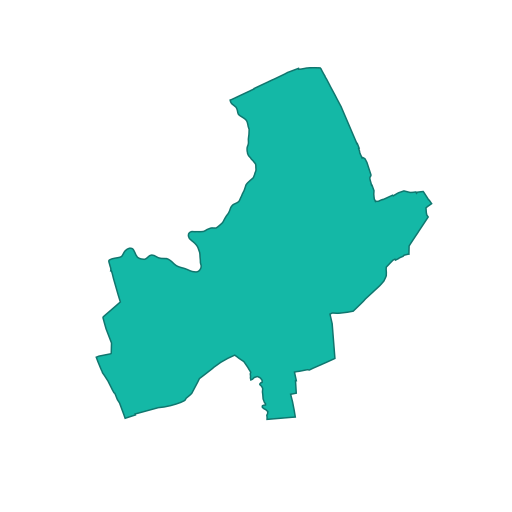 the district of Pueblo Nuevo, Guanajuato, Mexico, rotated 162°
{"feature_id": "50627088B8544251683738", "entity_name": "Pueblo Nuevo", "entity_type": "district", "adm_level": 2, "iso_a3": "MEX", "parent_name": "Mexico", "parent_adm1": "Guanajuato", "projection": "robinson", "projection_center": [-101.357, 20.548], "detail": "fine", "context": "isolated", "style": "filled", "palette": "teal", "viewbox_px": 512, "rotation_deg": 162, "n_neighbors": 0, "source": "geoboundaries", "source_scale": "gbopen_adm2", "svg_char_len": 6093}
<svg xmlns="http://www.w3.org/2000/svg" viewBox="0 0 512 512"><g transform="rotate(162 256 256)"><path d="M419.8,143.1L396.6,142.0L396.0,142.0L390.0,140.8L383.5,140.1L377.9,139.9L373.0,140.0L369.1,140.5L367.9,140.9L366.4,142.3L361.6,144.2L359.6,145.2L350.5,154.0L347.7,156.9L342.8,158.6L332.0,162.5L330.5,163.2L322.3,165.8L314.4,167.4L306.9,168.3L305.3,166.2L303.7,163.8L300.4,159.6L300.1,159.1L299.4,156.7L298.1,152.3L297.9,151.1L296.9,147.1L297.9,145.6L298.3,143.4L299.0,141.8L299.2,139.7L297.4,139.9L295.2,141.0L292.1,141.0L291.4,140.6L289.5,138.6L288.6,135.9L289.2,134.0L289.8,133.8L290.6,133.9L291.7,133.3L292.1,132.5L291.1,130.7L290.7,129.1L290.6,127.8L291.9,124.7L292.1,123.6L292.4,122.0L293.4,117.9L293.2,113.9L292.6,112.7L293.0,111.4L294.8,111.7L296.1,111.6L296.5,111.1L296.7,110.0L295.5,108.1L294.1,106.8L293.7,105.8L292.8,104.5L293.9,102.1L294.9,101.3L295.3,99.2L296.0,97.2L271.6,91.5L268.4,90.7L267.4,97.2L266.3,106.1L265.8,113.8L260.1,113.1L257.0,125.1L256.2,124.9L255.3,133.7L253.0,133.5L250.6,133.0L247.3,132.6L245.5,132.4L243.0,132.1L242.0,131.9L240.5,131.1L236.1,131.7L222.1,133.1L212.6,134.2L204.5,168.0L203.6,177.9L201.0,178.2L196.4,176.4L194.2,175.8L186.6,174.3L180.6,173.5L171.2,178.1L167.8,179.8L165.1,181.4L147.5,189.5L144.7,191.1L142.2,192.6L139.5,195.4L138.2,197.0L137.1,200.1L136.3,203.3L135.5,205.2L133.4,206.3L130.3,208.0L126.8,209.8L124.8,210.0L124.6,209.0L121.3,209.5L120.2,209.9L117.2,210.2L116.4,210.2L114.9,211.0L110.6,210.7L110.0,210.5L107.3,218.2L105.8,219.5L100.3,223.9L98.9,225.0L98.3,225.5L96.5,226.9L96.2,227.1L95.6,227.6L94.6,228.4L93.4,229.4L87.2,234.3L80.2,239.9L80.9,242.3L80.6,244.7L79.5,249.2L77.7,250.0L72.8,251.5L74.0,255.6L74.5,256.1L75.0,258.2L76.7,264.6L77.1,265.7L82.6,266.8L84.0,266.1L84.1,267.5L87.3,268.1L89.8,268.8L95.2,272.2L100.7,272.1L102.1,271.9L106.9,270.8L107.3,271.6L117.8,270.4L117.9,270.6L119.6,270.6L122.8,270.2L124.7,270.8L125.4,271.5L125.6,271.3L125.7,272.6L125.9,273.5L125.5,275.7L124.9,278.4L123.6,281.7L123.8,287.5L124.2,287.5L123.9,293.9L123.7,294.9L123.4,295.5L121.9,296.9L121.6,297.8L121.6,299.1L121.6,301.2L121.6,306.3L121.6,310.7L122.3,314.7L122.9,315.5L123.5,316.1L124.1,316.7L124.8,316.4L125.3,320.6L125.3,321.5L125.5,321.8L125.1,323.9L125.2,326.7L124.6,326.7L124.9,331.6L125.3,331.5L128.8,370.3L128.9,371.6L130.5,380.6L131.0,383.8L131.1,384.4L133.0,394.8L133.0,395.0L133.2,396.3L134.2,402.2L134.9,405.1L134.8,405.7L135.3,407.8L136.1,412.1L136.3,413.8L136.9,415.1L142.2,417.0L146.7,418.4L150.2,419.2L151.3,419.3L155.8,419.9L156.4,420.1L157.7,420.4L157.6,421.3L166.5,420.9L169.2,420.8L172.3,420.2L181.2,419.0L183.5,418.7L185.1,418.5L185.7,418.5L206.1,415.9L206.2,415.5L231.2,412.3L232.4,412.3L232.5,411.5L232.5,410.6L232.4,409.7L232.1,408.6L231.6,407.6L230.8,406.5L229.1,403.8L228.9,403.1L228.8,402.3L228.7,400.9L228.9,398.8L229.0,397.9L229.0,396.9L228.9,396.1L228.6,395.5L227.9,394.4L225.0,390.9L223.9,389.3L223.5,388.5L223.1,387.2L223.0,386.5L223.0,385.6L223.1,383.9L223.4,381.5L223.4,379.5L223.4,378.5L223.8,377.4L225.1,373.9L226.1,371.8L227.2,369.4L227.6,368.0L228.0,366.6L228.4,365.5L228.8,364.8L229.6,363.5L230.1,363.1L230.6,362.3L231.1,361.5L231.7,359.7L232.0,358.5L232.1,357.3L232.3,356.4L232.3,355.6L232.1,353.9L231.8,353.0L230.9,351.1L230.7,350.3L230.4,349.3L229.5,347.8L229.1,346.6L228.3,344.5L228.0,343.6L228.2,342.1L228.9,339.8L229.1,338.8L229.6,337.4L230.4,336.3L231.5,335.0L232.0,334.1L233.1,332.8L233.8,331.9L234.5,331.3L235.1,330.9L235.7,330.7L238.1,329.7L241.1,328.3L241.8,327.9L242.6,327.4L243.3,326.9L243.8,326.4L244.4,325.5L247.0,322.0L249.9,319.1L251.1,317.6L252.6,316.1L254.0,314.5L254.8,313.7L255.6,313.1L256.5,312.8L257.6,312.5L260.7,312.1L261.5,312.0L262.4,311.7L263.1,311.3L263.9,310.8L264.8,310.1L265.5,309.3L267.1,307.2L268.4,305.8L269.4,304.9L271.6,303.4L273.4,301.9L274.9,300.5L276.4,299.0L277.1,298.4L278.0,297.8L280.7,296.6L283.7,295.4L284.8,295.1L285.6,295.0L286.2,295.2L287.4,295.6L288.4,296.0L289.2,296.3L290.2,296.5L291.2,296.5L294.3,296.3L296.4,295.8L297.7,295.6L298.5,295.6L301.1,296.2L305.0,297.5L307.3,298.2L308.6,298.8L309.6,299.1L310.6,299.1L311.3,299.0L312.0,298.7L312.5,298.5L313.0,298.1L313.3,297.8L313.7,297.0L314.0,296.3L314.1,295.7L314.1,295.0L314.0,293.8L313.9,293.1L313.4,292.2L312.5,290.6L311.3,288.8L310.2,286.9L309.3,284.8L309.0,283.8L308.8,283.2L308.6,281.8L308.5,278.0L308.5,276.6L308.8,275.0L309.5,272.4L310.2,269.3L310.9,266.9L311.0,266.2L311.1,264.1L311.2,263.4L311.6,262.6L311.9,261.9L312.6,261.1L313.2,260.5L313.9,260.0L314.7,259.6L315.5,259.2L316.1,259.2L317.1,259.2L317.9,259.3L319.9,260.2L321.3,260.9L323.0,262.1L325.7,264.5L327.4,265.9L328.8,266.9L329.8,267.5L332.0,269.0L333.6,270.3L334.8,271.5L335.5,272.5L336.4,273.9L337.6,276.2L338.6,277.8L339.7,279.2L340.6,280.2L341.5,280.9L341.9,281.2L343.0,281.6L346.9,283.0L347.6,283.4L348.6,284.0L349.5,284.6L350.4,285.5L352.7,287.9L353.7,288.5L354.8,289.1L355.5,289.2L356.5,289.2L357.3,289.1L360.9,287.6L361.7,287.4L362.4,287.3L363.1,287.3L363.8,287.6L365.3,288.3L366.3,288.8L367.0,289.3L367.9,290.0L368.6,290.8L369.1,291.4L369.3,292.0L369.9,294.3L370.1,296.5L370.5,299.1L370.7,299.9L370.9,300.5L371.4,301.2L371.6,301.4L372.2,301.8L373.2,302.3L373.6,302.4L374.2,302.5L375.3,302.4L376.4,302.3L376.9,302.1L378.6,301.5L379.2,301.1L379.8,300.7L380.5,300.1L382.4,298.3L383.0,297.8L383.5,297.4L384.1,297.1L384.7,297.0L385.4,296.9L386.1,296.9L388.0,297.1L390.7,297.5L392.7,297.7L393.7,297.8L395.1,297.7L396.1,297.6L396.9,297.4L397.2,297.2L397.4,296.9L397.6,296.4L397.7,295.9L397.9,291.3L397.9,290.0L398.0,288.8L398.2,288.0L398.5,287.3L398.7,286.9L398.2,286.9L398.1,286.4L398.1,284.1L398.5,278.6L399.1,261.5L399.2,254.2L420.0,245.4L420.4,244.9L420.6,244.5L420.9,238.5L421.1,233.0L420.3,217.9L423.7,208.3L424.1,208.0L424.6,207.9L436.3,209.3L439.2,209.1L439.0,204.4L438.4,196.6L438.2,194.7L438.1,194.1L438.0,193.7L438.1,192.5L437.0,188.9L436.4,186.6L435.4,182.8L435.2,181.4L434.2,174.8L434.0,173.3L433.3,169.8L432.9,169.4L432.7,168.8L432.5,166.9L432.4,165.0L432.2,162.1L432.0,161.6L431.7,160.3L431.2,158.5L430.7,146.0L430.6,142.1L419.8,142.1L419.8,143.1Z" fill="#14b8a6" stroke="#0f766e" stroke-width="1.5"/></g></svg>